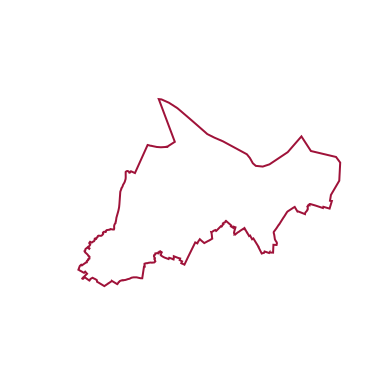 Eemsdelta, Groningen, Netherlands, rotated 326°
{"feature_id": "6326949B5414348034711", "entity_name": "Eemsdelta", "entity_type": "district", "adm_level": 2, "iso_a3": "NLD", "parent_name": "Netherlands", "parent_adm1": "Groningen", "projection": "orthographic", "projection_center": [6.777, 53.348], "detail": "fine", "context": "isolated", "style": "outline", "palette": "rose", "viewbox_px": 384, "rotation_deg": 326, "n_neighbors": 0, "source": "geoboundaries", "source_scale": "gbopen_adm2", "svg_char_len": 5638}
<svg xmlns="http://www.w3.org/2000/svg" viewBox="0 0 384 384"><g transform="rotate(326 192 192)"><path d="M145.1,248.0L152.2,243.8L166.5,235.6L167.7,237.6L168.2,237.3L168.6,236.9L169.1,236.8L169.8,236.4L172.1,235.5L172.5,237.3L173.6,241.2L178.7,241.7L178.9,241.8L182.7,242.0L183.4,240.5L184.1,239.3L184.4,238.6L184.9,237.8L185.5,236.0L185.8,236.3L187.6,236.3L188.1,236.2L190.1,236.6L190.2,237.8L190.4,237.8L196.8,236.5L197.1,237.2L197.5,237.2L198.1,236.8L198.8,236.4L199.0,236.4L199.0,236.5L199.6,236.3L200.0,236.3L200.1,235.3L200.3,235.3L200.6,235.5L201.5,235.3L202.2,235.6L202.4,235.5L202.8,235.5L203.1,235.3L203.7,234.9L204.0,234.9L205.8,241.6L205.0,242.2L206.1,244.7L207.0,243.9L208.3,245.6L205.5,247.9L204.3,249.0L203.9,249.5L203.9,250.0L203.8,250.4L203.6,250.7L204.1,250.7L204.1,251.4L207.2,251.1L208.9,251.2L210.5,251.1L214.7,251.2L214.6,251.4L214.8,251.4L214.8,251.7L215.3,251.5L214.9,256.6L215.0,256.6L214.7,260.5L215.8,260.6L215.4,264.8L216.9,264.8L216.5,274.7L216.3,274.7L215.4,282.0L216.5,282.3L217.2,282.5L217.8,282.7L218.9,281.9L221.8,285.7L222.7,285.4L222.6,285.6L225.3,287.6L230.0,281.3L232.5,283.2L233.8,281.9L234.0,281.3L234.1,280.9L234.1,280.3L234.1,279.6L234.1,279.0L234.3,277.5L236.3,273.3L236.8,271.8L237.2,271.1L237.5,270.8L241.5,269.4L245.8,267.6L246.0,267.7L250.0,265.9L250.7,265.6L253.9,264.2L254.3,264.1L259.3,261.9L259.9,261.7L260.5,261.6L267.4,261.7L268.8,261.8L268.5,267.1L268.9,267.1L273.3,273.5L273.8,272.9L274.1,272.7L274.9,272.3L276.6,271.9L277.6,271.3L278.2,270.9L278.3,271.0L278.8,270.4L279.0,269.9L279.8,269.0L279.6,268.6L280.0,268.4L281.2,267.9L282.0,268.8L282.8,267.8L283.5,268.3L286.8,272.3L291.6,278.5L292.6,277.7L296.8,282.7L302.9,277.7L302.1,277.1L301.5,276.4L301.8,276.1L305.2,272.5L305.4,272.2L320.4,265.0L331.3,250.5L331.0,243.5L313.5,224.5L313.8,207.1L293.6,212.5L271.7,212.4L264.9,210.5L259.5,206.0L258.5,202.2L259.0,196.2L258.6,191.4L246.0,167.3L241.0,159.5L237.1,152.6L232.3,134.4L226.8,114.4L222.8,105.1L218.5,98.2L216.4,96.4L205.8,140.8L196.9,140.6L196.6,140.4L196.5,140.7L195.1,139.8L192.2,138.1L191.2,137.5L188.4,135.3L188.0,135.0L184.3,131.2L184.2,131.0L183.4,130.4L181.9,128.6L181.5,128.2L155.3,144.4L153.0,140.7L152.1,141.0L151.6,141.1L151.2,141.2L150.9,141.0L150.8,140.9L150.9,140.5L151.0,140.3L151.0,140.0L151.0,139.6L150.8,139.2L150.4,138.9L150.2,138.5L149.8,138.3L149.1,138.2L148.5,138.2L148.2,138.3L145.3,142.7L144.7,143.5L144.0,144.3L143.7,144.5L142.5,145.5L141.4,146.3L138.7,147.6L137.6,148.5L136.9,148.9L135.6,149.4L135.6,149.6L132.8,151.6L132.3,152.2L125.0,161.5L123.1,163.8L121.6,165.3L120.1,166.7L114.9,171.1L113.5,172.7L112.3,173.8L112.3,174.0L112.2,174.1L111.5,174.5L111.1,175.1L110.2,175.3L109.5,175.7L108.9,176.2L108.3,176.8L107.7,177.8L107.2,178.6L106.7,179.1L106.3,179.4L105.6,179.0L103.6,177.1L103.4,177.2L103.0,177.3L102.6,177.2L101.7,176.7L99.9,175.9L99.0,176.1L98.4,176.8L98.1,176.9L97.7,176.6L97.2,176.0L97.0,175.8L96.5,175.7L95.7,175.8L95.4,175.9L95.1,176.3L95.0,176.5L95.1,176.9L94.9,177.1L93.6,177.5L92.8,177.6L92.2,177.5L91.7,177.2L90.7,176.4L90.0,175.9L89.5,175.9L89.3,175.9L88.8,176.3L88.5,176.5L88.3,176.4L87.9,176.5L86.9,177.0L86.6,176.6L85.7,176.4L85.6,177.2L85.2,177.1L84.9,176.7L84.2,177.4L84.0,177.7L83.2,178.0L82.4,177.8L80.9,177.9L80.5,177.8L79.7,176.3L79.4,176.4L78.5,176.7L78.3,176.9L78.1,177.2L78.1,177.4L78.3,178.0L78.3,178.6L78.1,178.8L77.6,179.0L76.9,179.3L76.2,179.4L75.1,179.3L74.8,179.4L75.5,181.4L75.0,181.6L74.4,179.5L74.0,179.6L73.7,179.5L73.2,179.7L72.4,179.6L72.2,179.6L71.5,179.9L70.5,181.1L70.2,181.1L69.8,181.0L69.7,181.3L69.8,181.8L69.7,182.3L69.7,182.5L69.9,183.1L70.5,185.7L70.4,186.2L70.4,187.2L70.8,187.7L70.8,187.8L70.8,188.5L70.5,188.8L70.3,188.9L70.1,189.0L69.9,189.3L69.9,189.6L69.8,189.8L69.7,189.9L69.0,189.8L68.7,189.6L68.4,189.6L68.1,189.8L68.1,190.0L67.9,190.4L67.5,190.5L67.2,190.3L66.3,190.4L65.8,190.8L65.7,191.0L65.7,191.3L65.5,191.5L64.8,191.3L64.4,191.1L64.2,191.1L63.6,191.2L61.4,191.2L59.7,191.3L59.4,191.1L59.5,190.9L59.6,190.6L59.6,190.4L59.3,190.3L58.9,190.5L58.1,190.5L57.6,190.6L54.4,192.9L54.8,193.5L54.8,193.8L56.3,196.7L56.4,197.0L57.3,198.6L58.9,198.3L59.3,201.1L56.9,201.5L55.1,201.9L54.3,201.9L53.5,202.2L52.7,202.3L52.7,202.7L52.9,202.8L53.2,202.8L53.3,203.0L55.4,202.7L57.4,208.1L57.5,208.1L59.2,207.3L61.6,207.5L62.5,209.2L62.8,209.6L63.8,211.7L63.5,212.5L63.1,213.4L63.6,214.3L66.7,221.0L71.4,221.0L71.7,221.0L71.8,220.9L72.3,221.0L75.6,221.0L75.8,220.8L78.0,225.5L78.5,226.6L79.1,226.5L80.5,225.8L81.2,225.7L81.4,225.8L81.7,225.6L82.2,225.5L82.6,225.5L84.1,225.9L85.1,226.5L85.2,226.3L85.6,226.5L85.8,226.8L87.7,227.7L90.2,228.4L91.8,229.0L93.0,229.1L94.1,229.3L95.9,230.1L97.7,231.3L98.4,231.8L100.9,234.5L101.1,234.7L101.8,235.2L102.5,235.7L110.5,227.0L111.1,227.4L112.3,225.1L112.5,224.9L114.2,225.4L115.0,226.0L116.4,226.4L118.0,227.2L118.4,227.4L119.1,228.1L119.5,228.3L119.9,228.5L120.7,229.0L121.4,229.3L121.7,229.2L122.2,229.2L122.9,228.9L122.9,228.4L123.0,228.0L123.4,227.2L123.5,226.9L123.5,226.6L123.4,226.4L123.7,226.2L124.2,226.2L124.3,226.0L124.4,225.6L124.3,225.0L124.4,224.5L124.5,224.0L124.7,223.7L125.3,223.2L125.6,223.1L125.8,223.1L126.4,223.3L127.3,222.4L127.8,222.7L128.5,223.0L128.8,223.1L129.7,224.0L129.8,223.8L130.2,224.0L130.4,223.7L130.5,223.4L130.4,223.3L130.5,223.2L132.0,223.6L132.1,223.3L132.4,223.4L132.2,224.0L132.6,224.2L132.9,224.3L133.1,224.6L133.2,225.0L132.9,225.1L130.8,226.8L130.9,227.5L131.5,229.0L132.5,230.9L135.1,234.5L136.3,233.8L138.5,236.6L138.4,236.8L139.0,237.6L140.0,236.6L141.0,235.1L143.5,238.7L145.0,240.5L143.7,241.5L145.0,244.0L143.3,245.0L143.7,245.8L144.3,246.6L145.1,248.0Z" fill="none" stroke="#9f1239" stroke-width="2"/></g></svg>